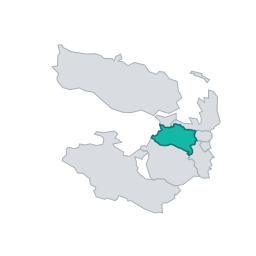 Bulgaria shown with its bordering countries, rotated 199°
{"feature_id": "BGR", "entity_name": "Bulgaria", "entity_type": "country or territory", "adm_level": 0, "iso_a3": "BGR", "parent_name": "Europe", "parent_adm1": "", "projection": "robinson", "projection_center": [24.961, 42.741], "detail": "fine", "context": "with_neighbors", "style": "filled", "palette": "teal", "viewbox_px": 256, "rotation_deg": 199, "n_neighbors": 7, "source": "natural_earth", "source_scale": "50m", "svg_char_len": 5560}
<svg xmlns="http://www.w3.org/2000/svg" viewBox="0 0 256 256"><g transform="rotate(199 128 128)"><path d="M147.2,109.7L150.7,111.7L157.7,111.2L156.5,114.3L149.0,115.8L139.7,120.8L135.8,119.0L137.2,115.0L129.4,112.4L137.1,107.9L135.0,106.0L124.2,103.8L123.6,100.6L117.3,101.7L109.6,112.7L106.4,111.3L103.2,112.6L100.1,111.1L101.8,110.1L104.8,104.4L104.3,102.9L112.3,103.0L109.0,98.7L107.9,95.1L105.4,93.7L105.8,90.8L102.7,88.5L94.8,85.5L85.8,87.6L84.1,89.6L76.7,91.7L73.5,89.6L64.9,88.6L61.9,90.5L61.5,88.2L57.7,85.8L61.0,80.1L62.5,80.6L60.8,76.8L67.0,69.7L70.3,68.7L71.1,66.4L67.8,59.0L70.9,58.7L74.6,56.4L86.5,56.9L101.7,60.3L104.2,58.8L106.0,60.8L114.7,61.2L115.0,56.9L117.0,55.1L125.2,54.9L126.7,53.0L135.6,52.6L140.1,57.4L138.6,59.1L139.3,61.7L144.6,62.1L147.2,65.8L147.2,67.4L155.9,70.4L161.0,69.1L165.5,73.0L179.6,75.7L179.8,78.2L177.4,82.7L179.3,87.5L178.4,90.3L171.9,91.0L168.5,93.4L168.5,97.2L163.1,97.9L158.7,100.7L152.3,101.1L146.5,104.3L147.2,109.7Z" fill="#d9dde1" stroke="#a8b0b8" stroke-width="1"/><path d="M100.1,111.1L103.2,112.6L106.4,111.3L109.6,112.7L109.8,115.0L106.5,116.8L104.4,116.0L102.6,126.5L93.3,122.4L85.1,124.5L81.6,126.7L63.2,125.5L59.9,120.4L61.6,118.9L59.8,117.8L57.6,119.8L53.6,117.3L53.1,113.7L48.9,111.7L48.2,108.9L44.5,105.6L50.1,103.9L57.7,92.3L64.9,88.6L73.5,89.6L76.7,91.7L84.1,89.6L85.8,87.6L88.6,87.6L90.7,88.4L99.1,99.7L98.8,107.1L100.1,111.1Z" fill="#d9dde1" stroke="#a8b0b8" stroke-width="1"/><path d="M87.0,200.0L86.1,202.6L75.6,203.4L75.7,201.9L66.7,200.2L68.1,196.5L72.1,199.4L83.2,199.6L83.1,201.1L87.0,200.0ZM63.0,147.1L68.3,147.4L74.0,145.0L79.0,148.0L85.5,147.2L85.5,142.9L89.0,145.2L86.8,150.6L85.1,151.6L77.1,150.5L68.4,152.8L73.4,157.7L65.7,159.1L62.0,154.6L60.6,156.6L62.2,161.8L65.7,165.9L63.0,167.8L70.6,174.4L70.6,179.4L64.0,177.0L66.1,181.5L61.5,182.4L64.2,190.2L59.3,190.3L53.4,186.5L49.6,173.6L43.2,164.6L42.8,162.1L46.2,157.8L46.7,155.0L49.0,153.7L49.2,151.4L53.9,150.7L56.6,148.8L60.5,148.9L63.0,147.1Z" fill="#d9dde1" stroke="#a8b0b8" stroke-width="1"/><path d="M221.2,183.6L217.8,185.1L215.1,182.9L206.6,181.7L191.5,184.3L183.3,187.6L177.3,187.6L173.3,186.0L165.4,188.4L163.0,186.7L162.8,191.6L159.1,195.5L156.2,191.5L158.8,188.2L154.4,188.9L148.3,186.9L143.4,192.0L132.4,192.9L126.4,188.2L118.5,187.9L116.9,191.6L111.9,192.6L104.8,188.0L96.8,188.1L92.4,179.4L87.1,174.5L90.6,167.7L86.0,163.5L93.9,155.1L104.9,154.8L107.8,148.2L121.4,149.3L129.8,143.7L137.9,141.2L149.7,141.0L172.8,150.5L181.0,149.2L187.2,150.0L195.3,145.4L202.8,145.0L210.0,149.3L211.5,152.3L211.1,156.6L219.7,161.3L214.9,163.8L217.9,173.9L216.7,176.6L221.2,183.6ZM85.5,142.9L92.7,140.1L98.8,141.3L99.7,144.7L106.0,147.5L104.7,149.6L96.3,150.1L87.3,157.5L85.1,151.6L86.8,150.6L89.0,145.2L85.5,142.9Z" fill="#d9dde1" stroke="#a8b0b8" stroke-width="1"/><path d="M59.1,138.6L62.6,141.4L63.0,147.1L60.5,148.9L56.6,148.8L53.9,150.7L49.2,151.4L46.3,149.3L45.3,145.6L47.6,140.9L59.1,138.6Z" fill="#d9dde1" stroke="#a8b0b8" stroke-width="1"/><path d="M34.8,107.4L40.2,105.2L44.5,105.6L48.2,108.9L48.9,111.7L53.1,113.7L53.6,117.3L57.6,119.8L59.8,117.8L61.6,118.9L59.9,120.4L61.2,121.9L59.4,123.9L60.0,127.1L63.4,130.8L60.7,133.5L59.5,136.3L60.2,137.4L59.1,138.6L53.4,139.2L54.8,135.4L48.1,130.3L44.1,134.3L44.7,133.5L37.0,128.1L38.6,127.7L39.7,123.6L36.5,120.3L38.3,116.4L35.8,116.5L38.5,113.2L34.8,107.4Z" fill="#d9dde1" stroke="#a8b0b8" stroke-width="1"/><path d="M46.3,142.6L45.9,139.5L42.8,136.2L45.8,133.7L46.9,130.8L48.1,130.3L54.8,135.4L53.4,139.2L47.6,140.9L47.2,142.7L46.3,142.6Z" fill="#d9dde1" stroke="#a8b0b8" stroke-width="1"/><path d="M99.0,141.6L98.0,141.5L97.7,141.5L97.5,141.8L97.0,141.7L96.5,141.7L95.9,142.0L95.6,142.1L95.1,141.8L94.3,141.2L93.9,140.7L93.5,140.6L93.1,140.7L91.9,140.9L91.5,141.1L91.0,141.4L90.4,141.6L89.5,141.7L89.0,141.7L88.8,141.8L88.6,142.3L88.4,142.7L88.3,142.9L87.2,143.1L87.0,143.4L87.0,143.6L87.0,143.8L86.1,143.6L85.5,143.8L85.3,143.9L85.2,144.2L85.2,144.5L85.5,144.8L85.7,145.5L85.8,146.3L85.7,146.7L85.2,147.0L84.2,147.4L83.2,147.2L82.7,147.3L82.0,147.4L81.3,147.5L80.3,147.8L79.4,148.0L78.5,147.3L77.5,146.9L76.5,146.6L76.1,146.8L76.0,147.0L75.1,146.4L74.7,146.2L74.2,145.3L74.0,145.2L73.2,145.5L72.5,145.5L72.1,145.5L70.9,145.5L70.7,146.0L70.3,146.1L69.6,146.1L68.8,146.5L67.9,146.7L67.2,146.7L66.5,146.6L66.0,146.7L65.1,146.7L64.5,147.3L63.5,147.2L62.8,147.2L63.0,144.8L63.4,143.8L63.4,143.6L63.0,143.3L62.8,142.8L62.3,141.4L62.0,141.1L61.2,140.9L60.5,140.5L59.9,139.9L58.8,138.6L59.4,138.5L59.5,138.2L60.1,137.5L60.1,137.2L59.7,136.6L59.5,135.9L59.7,135.2L59.7,134.8L59.5,134.5L59.7,134.0L60.1,133.8L60.4,133.7L61.4,133.7L62.1,132.8L62.5,132.5L62.9,132.0L63.1,131.8L63.3,131.4L63.3,131.0L62.5,130.5L62.2,130.0L61.9,129.6L61.4,129.3L60.4,128.7L60.0,128.1L59.8,127.4L59.6,126.9L59.3,126.5L59.2,126.2L59.1,125.9L59.1,125.2L59.4,124.2L59.5,123.9L59.8,123.8L60.8,123.3L60.8,122.7L61.0,122.3L61.3,122.0L61.5,121.9L62.0,122.3L63.2,122.9L63.8,123.3L63.7,123.5L63.5,123.8L62.9,124.1L62.6,124.4L62.6,124.8L62.6,125.1L63.0,125.4L65.1,125.1L67.3,125.2L70.2,125.8L72.2,126.0L73.6,125.8L76.2,126.2L78.7,126.7L81.1,126.8L82.4,126.5L83.3,126.0L84.1,125.1L86.1,123.9L88.0,123.2L90.5,122.7L92.2,122.5L92.4,122.7L94.6,123.8L95.5,123.8L96.3,124.0L96.6,124.3L96.8,124.3L97.8,124.1L98.3,124.7L99.0,125.5L100.2,125.9L101.3,126.2L101.6,126.2L102.8,126.2L102.6,128.3L102.0,129.3L100.9,128.9L99.6,129.2L99.0,130.3L98.6,130.7L98.2,131.0L98.0,132.5L98.0,134.8L97.5,135.1L97.0,135.2L95.2,137.3L96.3,137.9L96.8,138.3L97.6,139.6L98.7,141.0L99.0,141.6Z" fill="#14b8a6" stroke="#0f766e" stroke-width="1.5"/></g></svg>